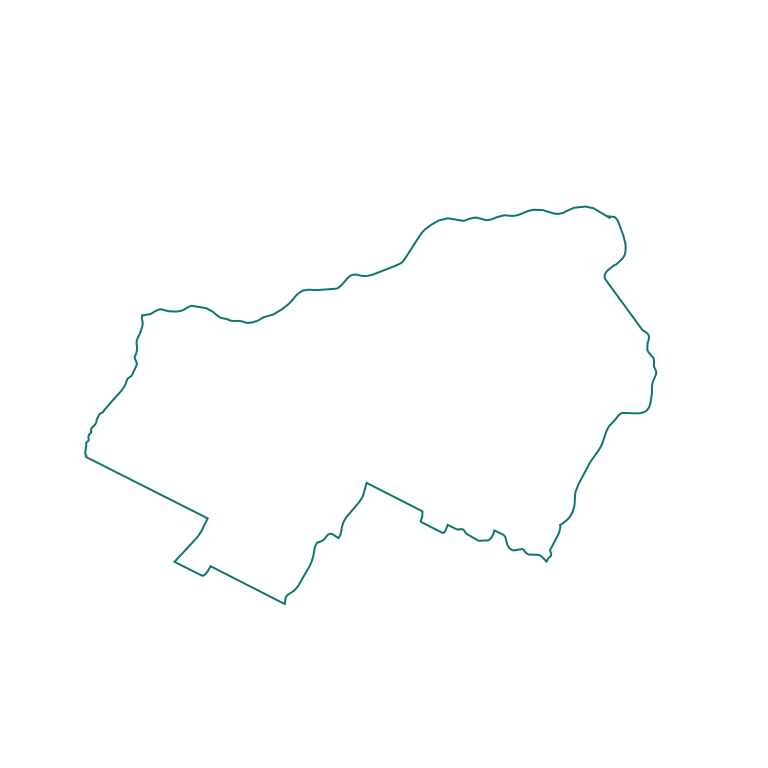 map outline of Lunda Norte (Equal Earth projection), rotated 207°
{"feature_id": "AGO-1874", "entity_name": "Lunda Norte", "entity_type": "Province", "adm_level": 1, "iso_a3": "AGO", "parent_name": "Angola", "parent_adm1": "", "projection": "equal_earth", "projection_center": [19.689, -8.666], "detail": "fine", "context": "isolated", "style": "outline", "palette": "teal", "viewbox_px": 768, "rotation_deg": 207, "n_neighbors": 0, "source": "natural_earth", "source_scale": "10m", "svg_char_len": 4498}
<svg xmlns="http://www.w3.org/2000/svg" viewBox="0 0 768 768"><g transform="rotate(207 384 384)"><path d="M490.0,130.5L487.4,139.3L484.5,149.6L482.8,155.5L480.6,163.4L479.9,170.2L480.0,177.1L480.1,184.2L485.1,184.2L493.0,184.2L500.8,184.1L508.6,184.1L516.5,184.1L524.3,184.1L532.2,184.0L540.0,184.0L547.8,184.0L555.7,183.9L563.5,183.9L571.4,183.9L579.2,183.8L587.0,183.8L594.9,183.8L602.7,183.8L610.6,183.7L614.2,183.7L616.4,183.8L616.4,184.3L616.7,185.0L617.4,185.3L618.3,186.0L619.0,187.1L621.4,194.1L622.0,195.0L622.6,196.3L622.3,197.5L621.8,198.6L621.5,199.4L622.2,201.0L622.9,202.0L623.5,203.1L623.8,204.9L623.7,205.8L623.1,207.1L623.0,207.8L623.2,208.7L624.3,210.0L624.5,210.8L624.3,212.7L623.3,215.6L623.0,217.3L622.9,219.1L623.1,220.0L623.5,220.8L623.8,222.2L623.8,227.7L623.4,228.8L621.8,230.9L621.5,231.8L621.3,234.5L620.8,236.3L620.0,239.2L618.8,244.2L617.4,249.5L616.5,252.7L615.3,257.3L614.7,259.7L614.1,266.1L614.7,269.8L614.9,271.5L614.5,273.2L612.9,276.1L612.6,277.5L612.9,287.4L613.4,289.9L614.4,291.1L617.8,293.7L618.5,295.4L618.7,298.9L619.4,301.8L620.6,304.3L623.3,308.6L624.0,310.5L624.3,312.9L624.5,319.1L625.6,326.0L626.5,328.6L629.7,332.8L630.7,335.5L629.9,336.0L629.5,335.9L623.5,340.6L621.8,343.6L619.6,346.8L617.2,349.2L608.5,351.2L602.0,354.2L598.4,356.7L596.1,359.2L595.4,360.3L594.8,361.6L593.1,364.0L591.0,366.3L577.2,370.8L569.9,370.8L564.3,369.4L559.4,368.8L553.3,370.6L551.0,370.6L548.0,371.2L542.3,374.2L539.4,375.2L534.7,376.0L532.7,376.8L529.5,378.9L525.2,383.1L521.9,388.5L514.1,395.8L508.7,404.5L505.2,412.2L504.1,415.7L502.5,422.9L501.0,426.7L498.6,430.5L494.0,433.8L486.6,437.1L469.9,447.2L468.4,448.8L467.3,451.6L466.2,454.7L464.7,461.2L463.6,464.3L461.6,467.0L458.2,469.0L452.3,470.4L448.8,472.1L444.1,475.9L427.6,494.4L425.3,497.2L424.2,498.8L423.1,500.7L422.3,504.6L419.4,533.2L418.7,536.8L417.5,540.7L414.0,547.7L409.3,554.7L402.2,560.7L387.0,565.5L383.3,569.6L380.7,571.9L377.4,574.2L367.2,576.4L363.2,579.2L359.0,584.0L353.5,588.9L345.8,592.1L343.3,593.7L340.0,596.7L334.6,603.1L332.0,605.5L329.1,607.5L321.6,611.0L310.9,612.9L308.2,613.7L305.2,615.1L301.9,618.1L297.1,624.5L294.4,627.5L285.0,633.6L277.1,635.7L257.7,634.4L259.6,635.5L256.5,636.6L254.5,637.5L251.8,636.7L249.2,635.2L238.4,625.2L232.8,618.9L230.6,615.3L229.0,611.6L228.1,608.1L228.4,604.7L230.3,598.5L231.5,595.8L233.2,593.7L236.0,587.5L237.0,584.1L236.8,581.1L235.6,578.9L234.4,577.8L188.3,554.5L178.3,549.4L175.1,549.2L171.0,548.2L169.1,546.1L168.2,543.3L167.7,540.0L165.0,534.1L162.8,532.4L158.3,530.5L156.3,529.9L155.1,528.9L153.7,527.0L152.7,524.5L151.2,522.0L147.2,518.8L146.0,516.2L145.6,510.0L145.3,507.3L144.9,505.6L143.3,501.8L141.3,498.1L137.8,487.6L137.3,483.7L137.6,480.1L139.4,477.0L141.8,474.8L144.5,473.0L157.3,467.1L159.1,465.8L160.7,463.0L162.0,456.3L164.3,448.6L164.5,443.7L162.5,429.9L162.4,425.9L162.6,423.0L163.2,418.8L164.8,407.9L165.2,382.8L164.3,374.4L162.6,370.0L160.6,365.8L159.0,361.7L158.0,356.4L157.9,352.4L158.4,348.5L159.5,345.2L160.9,342.5L161.6,340.7L163.1,338.3L162.0,336.6L160.9,333.1L160.4,329.4L160.6,311.2L158.0,308.7L157.2,307.1L157.6,305.3L158.4,303.6L158.6,302.1L158.5,300.5L158.7,298.7L158.7,298.8L159.6,300.0L165.6,302.0L168.6,302.0L177.8,297.7L181.0,298.0L184.7,299.8L186.0,299.6L192.7,294.7L194.4,294.2L198.0,294.7L201.2,296.8L206.7,303.0L209.6,303.9L219.2,303.6L218.5,300.0L218.6,295.9L219.6,292.6L221.6,291.0L223.3,290.4L227.6,287.6L229.4,287.3L237.4,287.7L242.7,288.0L246.7,290.1L248.1,290.2L249.8,289.5L252.1,287.8L253.9,287.5L260.5,287.4L261.2,287.5L263.3,287.4L262.7,282.0L262.9,279.2L264.2,277.9L272.0,277.9L280.4,277.9L288.2,277.9L289.1,278.7L289.6,282.8L290.3,284.6L292.0,288.0L296.7,288.0L310.4,288.0L324.2,288.0L337.9,288.0L351.7,288.0L354.6,288.0L352.3,276.8L351.9,273.1L352.3,268.5L353.8,261.9L354.9,257.5L357.0,248.6L357.4,244.8L357.3,241.3L356.5,237.5L355.3,233.7L354.4,229.8L354.6,226.0L362.0,226.8L364.1,226.1L365.7,224.0L366.8,218.3L368.2,215.7L368.3,215.6L368.5,215.5L371.6,212.2L371.6,207.7L368.8,198.1L367.9,193.1L367.6,188.5L368.8,165.0L369.8,160.3L371.1,157.6L374.0,152.6L374.7,150.2L374.5,148.7L372.5,142.9L378.1,142.9L382.6,142.9L387.2,142.9L391.7,142.9L396.2,142.9L400.8,142.9L405.3,142.9L409.8,142.9L414.3,142.9L418.9,142.9L420.1,142.9L423.4,142.9L427.9,142.9L432.5,142.9L437.0,142.9L441.5,142.9L446.0,142.9L450.6,142.9L455.8,142.9L455.8,140.8L456.2,136.0L456.7,134.0L457.6,131.8L458.5,130.8L459.7,130.6L465.4,130.6L474.4,130.5L483.7,130.5L490.0,130.5Z" fill="none" stroke="#0f766e" stroke-width="2"/></g></svg>